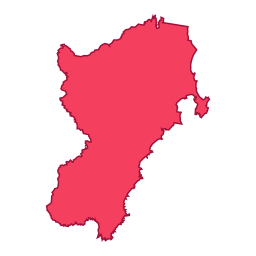 outline of Shoalhaven, New South Wales, Australia
{"feature_id": "25037944B24149747688554", "entity_name": "Shoalhaven", "entity_type": "district", "adm_level": 2, "iso_a3": "AUS", "parent_name": "Australia", "parent_adm1": "New South Wales", "projection": "robinson", "projection_center": [150.375, -35.142], "detail": "fine", "context": "isolated", "style": "filled", "palette": "rose", "viewbox_px": 256, "rotation_deg": 0, "n_neighbors": 0, "source": "geoboundaries", "source_scale": "gbopen_adm2", "svg_char_len": 5767}
<svg xmlns="http://www.w3.org/2000/svg" viewBox="0 0 256 256"><path d="M107.2,239.3L110.0,238.5L110.9,239.6L111.6,239.0L112.3,237.3L112.0,236.6L111.0,236.5L111.5,234.7L111.0,233.7L112.4,232.5L113.1,233.2L113.5,232.7L113.1,231.5L115.2,231.6L114.2,230.1L115.4,229.3L115.4,228.0L116.5,227.5L118.8,224.1L121.1,224.4L121.5,223.6L120.9,222.5L122.9,222.3L123.0,221.5L122.0,220.8L122.6,218.6L123.2,217.9L124.0,218.3L123.6,217.2L124.7,215.7L125.9,215.4L126.0,216.0L126.6,215.9L126.8,214.9L125.1,211.9L125.7,211.4L125.0,210.3L125.7,209.7L124.0,209.3L123.7,207.4L124.6,206.7L123.7,206.5L123.4,205.7L124.6,203.8L123.7,202.4L124.3,200.0L125.4,198.6L126.1,198.9L125.5,197.7L126.6,196.1L128.3,196.1L127.3,195.1L127.7,193.4L131.9,188.5L133.8,188.4L133.9,187.6L134.5,187.5L134.1,186.3L134.8,186.0L134.2,184.8L137.7,180.7L138.8,180.5L140.1,178.7L142.6,178.5L142.3,177.3L140.2,177.0L140.1,176.1L139.4,176.2L140.0,175.4L141.2,175.5L141.2,174.9L139.5,174.0L140.0,172.8L139.3,172.3L139.5,170.3L140.5,169.1L141.7,169.2L141.3,168.4L138.8,167.3L140.0,161.7L145.4,156.5L146.5,156.8L147.4,154.7L149.1,154.6L149.1,153.7L149.8,153.0L152.5,152.0L151.9,151.6L151.9,150.8L150.2,151.0L149.7,149.0L150.7,146.4L151.6,145.7L151.6,144.7L157.6,139.6L160.3,138.6L161.5,139.4L162.2,139.0L161.5,138.5L161.3,135.7L163.0,134.5L163.9,131.1L163.4,130.5L162.0,130.4L161.6,128.6L162.7,129.2L164.2,128.6L165.2,129.4L165.4,128.9L165.6,128.8L165.5,129.7L169.0,129.8L172.3,125.9L173.4,125.4L174.2,122.8L181.8,124.0L180.5,121.3L179.9,115.1L181.1,112.4L177.1,111.9L176.7,111.0L177.6,107.5L177.0,107.1L177.3,106.0L176.0,104.8L177.1,102.4L181.3,98.8L183.2,98.1L184.7,98.1L184.1,98.5L184.6,98.8L186.8,98.1L186.0,96.3L186.8,95.4L191.0,94.4L192.7,94.7L195.3,96.8L194.8,97.6L196.1,97.0L195.7,99.0L194.0,99.9L195.5,102.4L197.0,103.0L197.7,104.5L196.2,108.5L195.6,108.6L195.2,114.2L195.9,114.1L195.7,115.0L196.7,113.8L196.6,112.8L197.5,112.7L198.0,113.8L198.9,113.6L198.7,114.1L199.2,114.7L199.9,114.4L200.0,116.7L201.3,117.6L204.9,113.4L206.4,113.2L207.6,110.2L208.2,107.8L207.0,107.5L206.0,105.7L206.7,105.3L206.7,103.6L207.5,101.7L209.4,99.3L208.2,97.4L207.8,98.0L205.6,97.1L205.2,98.8L203.3,99.8L199.5,96.9L196.9,92.4L196.2,89.5L196.6,88.5L195.9,87.3L196.0,83.1L196.6,81.4L197.5,80.8L195.5,81.1L194.4,80.0L193.7,77.0L194.9,73.9L194.7,73.1L192.7,74.1L190.7,70.7L190.7,64.0L191.8,59.2L193.3,55.1L196.7,49.8L191.7,43.8L191.0,40.7L188.0,40.2L188.4,37.7L187.3,33.3L187.8,32.2L187.5,29.1L188.0,26.7L162.8,22.6L163.3,22.2L163.6,18.4L161.1,17.3L161.1,19.8L159.6,20.5L159.6,21.7L158.4,22.3L159.0,24.5L159.0,27.7L156.7,28.4L156.1,26.1L157.0,25.1L155.2,25.4L155.8,25.1L156.5,22.9L156.0,18.5L154.8,16.6L155.3,16.0L155.3,15.4L155.2,15.4L153.7,16.9L154.1,18.2L153.1,18.0L152.8,16.6L151.3,21.3L149.9,19.5L149.0,19.5L147.6,20.3L147.4,21.3L144.6,21.9L144.4,22.5L145.1,23.1L144.2,23.6L144.4,24.4L143.8,25.1L138.3,24.2L135.1,27.3L131.5,26.8L129.6,28.9L125.6,29.9L123.3,32.1L123.9,33.2L122.1,34.4L121.7,36.4L121.0,36.9L121.2,37.5L120.1,38.9L117.4,40.0L113.8,40.0L112.1,42.8L109.2,44.8L109.4,45.8L107.7,44.2L104.8,43.6L102.3,44.7L100.4,46.2L98.4,49.7L94.9,50.1L94.3,51.7L91.4,52.6L89.8,54.8L87.6,55.7L83.8,55.7L81.0,56.7L74.4,55.5L74.0,53.4L72.2,51.5L71.0,51.2L70.3,49.1L65.9,45.7L64.8,45.6L64.2,44.3L61.1,44.9L60.9,45.7L63.1,46.7L63.0,47.9L60.5,48.2L58.1,50.5L59.3,52.5L58.6,53.0L57.8,52.7L57.3,53.5L58.8,57.8L57.6,61.4L58.5,63.1L58.2,65.1L59.2,65.6L59.3,66.8L60.2,67.3L60.5,70.0L61.5,70.0L64.8,73.5L66.8,72.6L67.0,73.2L65.7,74.4L65.9,75.1L67.8,76.6L66.7,77.2L67.1,79.6L63.3,82.2L63.3,84.2L62.0,85.5L61.0,88.7L61.6,89.7L65.4,91.1L66.7,94.0L63.2,97.4L60.0,98.2L60.1,99.3L60.8,99.7L60.5,100.5L62.7,101.4L62.2,104.7L63.1,104.4L63.1,105.5L64.8,105.9L64.1,107.7L67.0,109.7L66.6,110.6L67.2,111.6L68.7,111.5L69.7,112.6L70.8,112.6L70.7,113.7L70.0,114.0L70.4,115.7L71.0,115.3L71.9,116.3L72.9,116.3L74.8,118.2L74.4,119.6L75.3,119.5L75.7,120.2L74.8,121.8L76.7,122.8L77.3,125.6L77.2,128.8L79.0,128.5L80.6,130.3L82.4,129.7L82.8,131.4L83.4,131.9L83.0,132.3L83.5,133.5L88.8,134.6L88.8,136.2L90.8,139.9L91.0,141.4L90.9,142.1L88.7,141.8L87.8,140.9L85.5,141.2L85.8,142.0L85.3,143.0L86.3,144.5L85.7,145.7L87.1,145.5L87.7,147.8L86.4,148.8L85.7,147.9L84.8,149.4L82.2,150.0L82.0,151.0L82.8,152.1L80.8,153.9L81.9,156.1L81.4,156.8L79.1,156.1L76.5,157.6L75.7,158.9L73.5,160.0L73.4,161.5L72.5,162.1L70.4,160.1L69.0,162.0L66.7,161.6L66.1,162.1L67.0,163.7L66.7,164.7L65.7,164.5L63.4,165.6L62.4,165.0L60.3,165.6L60.3,167.1L59.1,167.6L57.8,170.6L58.5,173.5L59.5,174.2L59.1,176.7L57.7,178.6L58.6,182.2L57.9,187.2L56.9,188.2L54.7,188.7L54.1,190.2L52.1,192.4L53.4,194.5L51.8,195.9L51.4,202.3L50.4,203.6L46.6,206.1L47.3,209.5L47.1,210.4L47.9,210.6L48.5,212.1L49.8,213.1L50.3,215.0L51.1,215.6L51.2,217.7L52.8,219.9L55.3,220.5L55.8,221.9L57.7,222.1L60.4,224.0L60.3,224.7L61.2,225.4L63.5,224.9L63.3,225.8L63.7,226.0L65.1,224.8L65.4,225.9L68.4,226.4L68.4,225.1L69.4,225.4L70.9,224.7L71.1,224.1L71.9,224.1L73.0,225.3L75.2,223.7L75.6,222.3L76.3,222.8L76.1,223.6L77.1,223.7L77.4,224.6L79.0,224.7L80.1,223.9L80.9,225.0L81.9,224.1L83.1,225.2L84.8,224.0L84.8,221.6L86.5,220.2L86.6,219.5L87.3,220.4L87.9,220.3L87.7,219.6L88.8,218.7L88.7,218.0L90.4,219.3L90.6,218.2L92.1,219.6L92.5,218.4L94.6,220.4L95.1,219.3L95.8,221.3L96.8,221.6L96.8,222.2L98.6,223.5L98.6,225.3L99.3,226.9L98.1,229.9L98.8,233.4L97.4,237.7L99.1,236.8L99.3,235.7L100.4,235.4L99.9,234.8L101.1,234.5L100.9,236.0L101.6,236.1L102.0,237.8L101.6,238.1L101.9,238.9L102.8,239.0L102.6,239.8L104.6,238.0L106.2,238.5L104.1,238.8L105.6,240.6L107.2,239.3ZM127.8,215.6L129.3,215.4L129.3,214.1L127.5,215.1L127.8,215.6ZM146.7,157.0L147.2,157.7L147.3,157.4L146.7,157.0ZM113.2,238.1L112.7,237.4L112.5,237.5L113.2,238.1ZM123.2,220.2L123.6,220.6L123.9,220.5L123.6,220.1L123.2,220.2Z" fill="#f43f5e" stroke="#9f1239" stroke-width="1.5"/></svg>